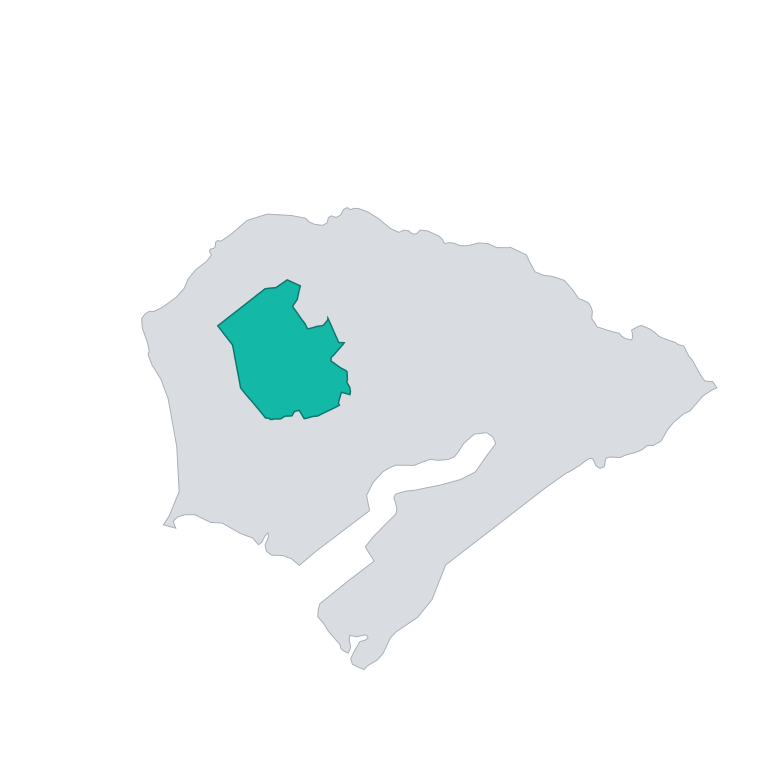 Linguere, Louga, Senegal shown in context, rotated 322°
{"feature_id": "50182788B14678638932037", "entity_name": "Linguere", "entity_type": "district", "adm_level": 2, "iso_a3": "SEN", "parent_name": "Senegal", "parent_adm1": "Louga", "projection": "natural_earth1", "projection_center": [-15.296, 15.307], "detail": "fine", "context": "in_parent", "style": "filled", "palette": "teal", "viewbox_px": 768, "rotation_deg": 322, "n_neighbors": 0, "source": "geoboundaries", "source_scale": "gbopen_adm2", "svg_char_len": 8345}
<svg xmlns="http://www.w3.org/2000/svg" viewBox="0 0 768 768"><g transform="rotate(322 384 384)"><path d="M567.6,353.8L575.6,369.8L573.9,377.4L572.1,388.5L576.7,396.6L582.0,401.9L585.7,406.8L589.9,413.5L590.6,426.8L589.9,436.5L592.7,440.8L595.0,446.3L594.5,450.9L593.0,454.9L588.0,460.3L587.2,470.3L595.4,482.4L600.7,489.0L600.7,492.7L602.2,496.9L606.1,501.7L608.5,500.5L611.1,496.6L612.3,493.9L619.4,495.1L622.8,496.3L627.3,504.2L629.0,509.5L630.1,516.1L634.9,524.3L639.0,530.2L639.9,533.8L643.6,538.7L641.4,549.6L641.7,555.2L639.2,569.8L638.7,576.7L638.8,579.3L644.5,584.5L643.9,591.9L638.2,590.6L628.3,589.7L608.4,593.6L601.6,592.0L588.6,592.5L579.3,594.6L567.5,599.5L558.4,598.3L553.4,594.5L546.9,594.7L539.6,592.7L531.7,589.1L524.6,587.2L516.9,580.5L513.2,579.2L510.7,581.0L508.6,583.3L506.4,584.7L502.2,583.4L500.6,578.8L501.9,574.4L502.3,571.1L500.3,569.2L495.6,568.6L488.0,568.6L475.8,567.2L473.0,566.4L445.5,565.2L417.1,565.1L393.0,565.0L362.6,564.8L341.2,564.7L321.2,564.6L305.8,573.6L289.2,583.4L266.7,588.6L240.9,586.7L232.6,588.0L224.1,592.4L217.8,595.5L208.9,597.4L197.4,595.9L192.8,596.8L189.9,592.4L186.6,585.2L188.7,579.9L195.7,576.5L206.2,572.1L211.8,574.3L215.0,574.4L215.6,571.6L214.6,570.1L206.6,566.2L202.5,561.1L199.1,564.1L196.1,570.4L193.7,572.2L190.1,574.0L188.0,569.7L187.2,565.6L188.8,562.4L188.0,544.5L189.0,534.9L188.5,526.6L193.5,521.1L198.2,517.7L216.7,517.4L233.8,517.1L250.4,517.3L267.2,517.5L268.9,500.8L274.2,499.5L282.2,497.7L297.0,495.7L313.6,493.7L317.1,490.5L319.9,484.9L321.6,480.0L325.0,477.9L329.7,479.5L335.8,482.1L342.0,486.2L349.3,489.9L354.1,492.2L365.6,498.1L385.4,506.3L401.6,509.6L421.3,503.6L435.4,499.8L437.2,492.6L435.0,485.6L424.4,479.1L410.0,479.9L405.6,481.6L399.0,483.7L394.9,484.6L388.2,483.1L379.6,477.5L374.2,471.9L366.6,469.3L357.6,466.7L343.3,455.2L335.8,453.2L328.7,452.5L315.0,454.8L301.7,461.0L294.7,474.9L281.4,474.7L253.1,474.3L227.1,473.9L205.6,474.8L203.5,464.7L198.4,456.6L190.1,449.7L188.3,443.4L191.1,437.8L199.1,433.2L200.9,429.9L196.8,430.4L190.4,433.4L186.2,433.5L185.8,424.7L178.8,413.3L170.9,394.0L162.0,386.1L154.5,370.5L146.7,364.5L139.5,361.7L133.4,362.3L131.1,369.4L123.5,359.2L134.0,355.5L156.4,342.6L182.1,305.8L205.2,262.1L208.2,251.8L211.0,244.0L212.9,226.2L216.2,215.6L219.3,213.5L223.2,205.4L228.0,191.1L233.3,183.2L239.3,181.6L243.9,182.3L247.2,185.2L256.9,187.1L273.0,187.8L285.4,185.6L294.2,180.7L305.7,178.1L320.0,178.1L327.5,176.0L328.2,171.9L330.1,170.7L333.1,172.3L335.9,171.7L338.5,168.7L341.1,168.5L343.7,171.1L355.7,171.8L377.0,170.8L396.7,178.3L414.8,194.3L424.2,205.0L424.8,210.3L427.8,215.7L433.2,221.1L438.1,222.1L442.6,218.7L446.1,219.1L448.7,223.3L453.8,224.1L459.6,221.6L463.7,222.4L464.4,224.9L465.4,226.2L468.1,226.8L471.9,230.0L477.2,238.5L481.5,250.3L484.8,265.5L489.2,273.8L494.6,275.1L497.7,278.3L498.3,281.9L499.9,284.3L502.5,285.7L507.1,284.9L512.5,290.0L518.3,301.2L519.2,306.2L518.3,308.9L518.6,310.9L522.5,312.8L526.1,316.4L529.1,321.9L535.5,326.8L545.3,331.0L552.4,337.4L556.7,345.9L565.7,353.0L567.6,353.8Z" fill="#d9dde1" stroke="#a8b0b8" stroke-width="1"/><path d="M288.8,243.1L288.8,243.9L288.7,245.1L288.7,246.6L288.7,249.3L288.7,252.0L288.7,254.7L288.7,257.4L288.7,259.1L288.7,259.4L288.7,259.7L288.7,259.8L288.6,260.1L287.7,261.9L287.3,262.8L287.1,263.1L287.0,263.3L286.6,264.1L285.8,265.6L285.5,266.3L284.4,268.4L283.4,270.1L283.2,270.6L282.9,271.1L282.7,271.6L282.3,272.3L281.5,273.9L280.1,276.7L278.7,279.4L277.3,282.0L277.2,282.2L275.8,285.0L274.4,287.7L273.6,289.3L273.5,289.5L273.3,290.0L272.9,290.5L272.4,291.5L271.5,293.3L270.1,296.0L268.6,298.8L268.6,300.0L268.6,301.3L268.6,302.5L268.7,304.6L268.6,305.5L268.7,305.8L268.7,306.5L268.7,306.9L268.7,308.0L268.8,309.2L268.9,310.5L268.9,310.9L268.9,311.9L269.0,313.5L269.2,315.2L269.2,316.1L269.2,317.7L269.2,317.9L269.3,319.2L269.3,320.3L269.4,322.1L269.4,323.1L269.4,323.7L269.5,325.6L269.5,327.4L269.6,329.3L269.6,330.8L269.7,332.2L269.7,333.2L269.7,334.2L269.7,335.2L269.7,336.1L269.6,336.7L269.7,337.4L269.9,338.0L270.1,338.1L270.2,338.5L270.6,338.7L270.9,338.8L271.0,338.9L271.2,339.0L271.4,339.2L271.6,339.4L271.7,339.7L271.8,339.9L272.0,340.1L272.1,340.3L272.2,340.5L272.3,340.7L272.4,340.9L272.4,341.3L272.5,341.6L272.5,341.8L272.7,342.0L272.9,342.2L273.1,342.4L273.5,342.7L273.7,342.8L273.9,343.0L274.2,343.2L274.5,343.3L274.9,343.5L275.6,343.8L276.0,344.0L276.5,344.3L276.7,344.5L277.2,344.9L277.5,345.1L278.1,345.6L278.5,345.9L279.0,346.3L279.7,346.9L280.1,347.2L280.7,347.6L280.9,347.7L281.2,347.8L281.4,347.9L281.5,347.9L281.9,347.9L282.0,347.9L282.2,348.0L282.4,348.0L282.7,347.9L282.9,347.9L283.1,348.0L283.3,348.1L283.6,348.1L283.8,348.1L284.0,348.1L284.3,348.1L284.7,348.2L284.9,348.2L285.2,348.3L285.4,348.3L285.8,348.4L286.0,348.4L286.2,348.5L286.3,348.6L286.5,348.7L286.8,348.8L287.1,349.0L287.3,349.2L287.5,349.3L287.8,349.5L288.1,349.8L288.3,350.0L288.6,350.1L288.8,350.3L289.2,350.6L289.6,350.8L289.8,351.0L290.1,351.2L290.4,351.4L290.7,351.6L291.0,351.8L291.3,352.0L291.6,352.3L291.8,352.4L292.0,352.4L292.4,352.2L292.5,352.2L292.8,352.0L293.1,351.9L293.4,351.7L293.7,351.6L294.0,351.5L294.2,351.4L294.4,351.4L294.6,351.3L294.8,351.2L295.0,351.1L295.4,350.9L295.5,350.9L295.9,350.8L296.1,350.8L296.3,350.8L296.6,350.8L296.8,350.8L297.0,350.9L297.3,350.9L297.5,351.0L297.9,351.1L298.1,351.2L298.4,351.3L298.7,351.4L298.9,351.5L299.1,351.7L299.4,351.8L299.7,352.0L300.1,352.2L300.3,352.2L300.5,352.3L300.8,352.3L300.9,352.5L300.9,353.0L300.9,353.5L300.8,354.0L300.7,354.2L300.7,354.7L300.6,355.1L300.6,355.4L300.5,355.9L300.5,356.3L300.5,356.6L300.4,357.0L300.4,357.4L300.3,358.0L300.3,358.4L300.2,358.9L300.1,359.4L300.1,359.9L300.0,360.2L299.8,362.3L301.7,363.1L303.4,363.9L305.1,364.6L306.9,365.4L308.6,366.1L310.1,367.2L311.6,368.2L312.4,368.4L313.7,368.7L315.1,369.0L316.4,369.2L317.8,369.5L318.8,369.8L319.9,370.0L320.9,370.2L322.0,370.5L323.1,370.7L324.2,371.0L326.1,371.4L327.6,371.7L329.1,372.0L330.6,372.3L331.3,372.5L331.9,372.6L333.2,372.8L334.5,373.0L335.8,373.3L336.3,370.9L337.8,369.9L338.5,369.2L340.8,367.6L343.1,365.9L345.4,364.3L347.1,366.7L348.9,369.0L350.5,371.4L351.7,370.4L353.0,369.2L353.6,367.9L354.3,366.7L355.0,365.4L355.2,363.9L355.4,362.4L355.7,360.8L355.9,359.3L357.9,358.1L359.0,356.4L360.2,354.8L361.3,353.2L362.4,351.6L362.2,349.9L361.4,348.1L360.5,346.2L359.7,344.4L359.0,342.1L358.3,339.8L357.7,337.5L357.0,335.2L356.3,332.9L356.6,332.7L358.9,330.6L360.2,330.4L361.5,330.3L362.8,330.2L364.9,329.7L367.0,329.3L369.1,328.9L371.2,328.5L373.3,328.1L375.5,327.7L376.3,327.5L377.2,327.2L378.0,327.0L376.1,325.3L373.9,323.6L374.3,321.7L374.6,320.7L375.3,317.8L375.6,316.4L376.0,314.9L376.7,312.0L377.5,309.1L377.6,308.5L377.7,307.9L378.2,306.3L378.9,303.4L379.6,300.6L379.8,299.6L380.1,298.5L380.3,297.6L379.1,298.9L377.8,299.2L376.5,299.5L375.1,299.8L372.9,300.3L371.0,300.0L368.8,298.6L366.8,297.5L365.8,296.9L364.7,296.6L363.7,296.2L362.6,295.8L360.2,294.7L358.7,294.1L357.7,292.6L357.8,292.2L358.1,291.2L358.5,289.8L358.9,288.4L358.9,286.7L358.9,285.0L358.9,283.3L359.0,280.9L359.1,278.5L359.3,276.1L359.4,273.7L359.5,271.3L359.6,268.9L359.7,266.5L361.3,266.0L362.9,265.5L364.4,265.0L366.0,264.5L367.6,264.0L369.4,262.5L371.2,261.0L373.0,259.5L374.8,258.0L376.1,257.0L377.3,256.1L378.5,255.1L377.7,253.7L376.3,250.9L374.8,248.1L373.4,245.3L372.7,243.9L371.9,242.4L371.2,242.3L369.6,242.2L368.4,242.2L367.4,242.1L365.2,242.0L363.8,241.9L363.5,241.9L363.4,241.9L362.9,241.8L360.6,241.7L358.4,241.6L357.7,241.2L357.2,240.9L356.1,240.2L353.8,238.7L351.5,237.3L349.1,235.8L348.2,235.7L347.9,235.7L346.9,235.8L344.6,235.8L342.3,235.8L340.0,235.7L339.1,235.7L338.2,235.7L337.3,235.7L337.2,235.7L337.2,235.8L336.4,235.8L335.1,235.8L333.9,235.8L332.6,235.7L331.3,235.8L330.0,235.8L328.7,235.8L327.9,235.8L327.4,235.8L326.8,235.8L326.1,235.8L325.4,235.8L324.8,235.8L323.9,235.8L323.5,235.8L322.3,235.8L321.0,235.8L319.7,235.8L318.4,235.8L317.1,235.8L315.8,235.8L314.5,235.8L313.2,235.8L311.9,235.8L310.6,235.8L309.4,235.8L308.1,235.8L306.8,235.8L305.5,235.8L304.2,235.8L302.9,235.8L301.6,235.8L300.7,235.8L299.0,235.8L297.7,235.8L296.5,235.8L295.2,235.8L293.9,235.8L292.6,235.8L291.3,235.8L290.0,235.8L288.8,235.8L288.8,236.0L288.8,237.1L288.8,237.8L288.8,238.3L288.8,238.7L288.8,239.1L288.8,239.6L288.8,240.1L288.8,241.0L288.8,241.7L288.8,242.4L288.8,243.1Z" fill="#14b8a6" stroke="#0f766e" stroke-width="1.5"/></g></svg>